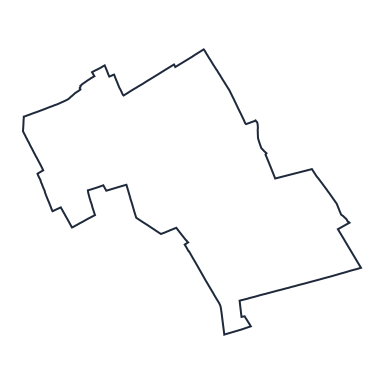 Sahateni, Buzau, Romania (Albers equal-area conic projection)
{"feature_id": "2599482B74966018591797", "entity_name": "Sahateni", "entity_type": "district", "adm_level": 2, "iso_a3": "ROU", "parent_name": "Romania", "parent_adm1": "Buzau", "projection": "albers", "projection_center": [26.561, 45.012], "detail": "fine", "context": "isolated", "style": "outline", "palette": "slate", "viewbox_px": 384, "rotation_deg": 0, "n_neighbors": 0, "source": "geoboundaries", "source_scale": "gbopen_adm2", "svg_char_len": 5575}
<svg xmlns="http://www.w3.org/2000/svg" viewBox="0 0 384 384"><path d="M361.0,267.8L357.3,261.7L355.4,258.5L350.4,250.1L346.8,244.1L343.2,238.0L337.9,229.2L342.9,226.4L349.5,222.7L349.1,222.3L348.5,221.9L347.9,221.6L347.6,221.3L346.6,219.4L345.4,218.2L344.4,217.3L344.2,217.1L343.1,216.0L341.1,214.6L340.1,212.1L339.6,211.0L338.8,208.9L336.7,203.7L331.2,195.9L328.6,192.2L328.2,191.8L327.8,191.2L327.3,190.5L326.8,189.7L326.5,189.3L326.0,188.7L322.4,183.8L318.1,178.1L317.3,177.2L316.5,176.2L311.9,169.1L310.0,169.6L294.3,173.6L275.2,178.5L273.8,175.0L270.5,166.7L266.8,157.6L265.5,154.6L266.5,153.3L263.9,150.9L263.5,150.4L261.3,148.1L259.3,142.4L258.1,138.5L257.9,136.3L257.9,134.8L257.8,134.2L257.8,132.9L257.8,131.7L257.7,131.3L257.7,129.7L257.8,128.6L257.9,128.3L257.8,126.2L257.7,125.0L257.4,123.1L257.1,122.2L256.4,121.6L255.5,120.4L255.3,120.5L255.2,120.6L254.8,120.9L254.5,121.1L253.8,121.3L251.9,122.0L251.5,122.1L251.1,122.3L246.1,124.1L245.4,123.5L245.3,123.4L244.8,122.3L243.4,119.1L242.5,117.3L241.7,115.6L241.0,114.1L238.9,109.9L236.8,105.5L236.7,105.3L233.8,99.2L233.1,97.8L232.1,95.8L230.0,91.5L229.5,90.5L228.7,89.2L225.5,84.1L223.8,81.4L222.4,79.2L220.2,75.5L218.1,72.3L216.9,70.1L216.6,69.9L215.4,68.0L213.3,64.8L212.3,63.1L211.3,61.5L210.7,60.5L209.7,58.9L208.8,57.6L207.7,55.7L207.0,54.6L206.9,54.5L205.0,51.2L204.7,50.7L204.5,50.4L203.7,49.4L197.6,53.2L193.3,55.9L193.3,56.0L193.2,56.1L175.3,67.0L174.8,65.9L174.0,64.5L173.7,64.7L166.3,69.2L159.4,73.5L154.4,76.6L152.1,78.0L146.5,81.4L144.2,82.9L142.3,84.1L138.3,86.4L136.3,87.7L135.9,87.9L133.0,89.6L132.3,90.0L129.3,91.9L128.6,92.4L127.0,93.4L125.2,94.5L123.6,95.5L122.9,94.8L121.8,92.6L121.6,92.1L121.5,91.8L121.4,91.5L119.9,88.6L119.4,87.8L119.0,86.9L117.2,82.3L116.4,80.5L115.0,77.0L114.1,74.6L113.1,74.9L111.5,75.7L109.3,76.6L108.2,74.1L106.8,70.5L106.2,69.0L104.7,65.4L104.2,65.7L102.8,66.4L102.4,66.6L102.0,67.0L100.8,67.6L99.8,68.2L97.8,69.2L97.0,69.6L96.0,70.1L95.1,70.5L94.0,71.1L92.8,71.7L92.3,72.0L92.0,72.2L92.3,72.7L92.7,73.3L94.4,76.2L94.2,76.3L93.9,76.5L93.3,76.8L92.9,77.1L92.3,77.4L91.6,77.9L91.1,78.1L90.4,78.6L89.6,79.2L88.6,79.8L88.2,80.0L86.8,81.0L85.5,81.9L85.0,82.3L84.7,82.5L84.3,82.7L83.9,83.0L83.5,83.3L82.6,83.9L81.7,84.6L81.4,84.9L81.2,85.2L80.9,85.5L80.6,85.7L80.7,85.8L80.6,86.6L80.3,87.0L79.8,87.7L79.7,88.0L79.9,88.7L80.5,89.3L80.4,89.6L80.1,89.8L79.7,90.0L78.7,90.8L78.4,91.0L78.1,91.2L77.5,91.5L77.1,91.8L76.5,92.3L76.3,92.4L76.0,92.5L75.6,92.7L75.5,92.8L74.9,93.3L74.3,93.8L73.7,94.4L72.6,95.4L72.5,95.5L72.0,95.9L71.9,96.0L71.5,96.3L71.3,96.4L70.8,96.9L70.2,97.4L69.8,97.8L69.3,98.3L68.4,99.0L66.9,99.9L66.3,100.2L62.2,102.1L61.0,102.6L59.1,103.5L57.0,104.4L54.6,105.2L52.4,106.1L49.9,107.0L47.8,107.8L45.1,108.9L40.8,110.5L38.2,111.5L34.2,112.9L31.7,113.8L29.7,114.6L28.1,115.1L24.0,116.7L23.8,116.7L23.8,117.5L23.7,118.8L23.6,119.9L23.5,122.1L23.4,124.9L23.3,126.0L23.2,128.2L23.0,130.7L23.0,131.3L23.4,132.0L24.6,134.5L25.1,135.3L26.1,137.5L26.9,138.9L27.3,139.8L28.6,142.1L29.0,142.9L30.4,145.8L31.7,148.2L32.3,149.3L32.9,150.5L34.2,153.1L34.5,153.6L36.0,156.5L36.8,157.8L37.5,159.2L38.6,161.3L40.8,165.4L41.9,167.6L42.4,168.6L43.0,169.9L43.2,170.3L37.5,173.7L38.1,175.3L39.0,177.3L39.8,178.8L40.1,179.5L40.4,179.7L40.5,180.5L40.7,181.0L40.8,181.6L41.1,182.3L41.5,183.3L41.9,184.1L42.2,184.9L42.8,186.6L43.9,189.1L44.3,190.1L44.8,191.2L44.8,191.5L45.1,192.8L45.6,194.1L45.9,194.9L46.4,196.2L47.9,199.9L48.3,200.8L49.0,202.4L49.5,203.7L49.9,204.8L50.5,206.2L51.3,208.4L51.7,209.3L52.5,211.2L53.3,210.9L54.3,210.4L55.2,210.0L56.6,209.3L60.8,207.4L61.6,208.9L62.4,210.2L63.2,211.7L64.1,213.3L64.8,214.5L65.3,215.5L66.0,216.7L66.9,218.3L67.4,219.1L71.8,227.2L72.0,227.5L73.8,226.6L75.4,225.7L76.9,224.9L79.4,223.5L80.2,223.0L81.1,222.6L82.2,222.0L83.0,221.6L84.0,221.0L85.2,220.3L88.1,218.7L93.1,216.1L95.0,215.1L94.8,214.6L94.3,213.0L93.8,211.5L92.7,208.1L92.4,207.2L92.0,205.5L91.5,203.9L90.9,202.0L90.5,201.3L90.3,200.1L89.7,198.4L88.8,195.0L88.3,193.1L88.0,191.3L87.9,190.8L87.9,190.3L90.5,189.6L93.3,188.7L95.3,188.1L98.6,187.0L103.3,185.3L106.3,190.7L123.1,185.7L126.4,184.8L127.2,187.4L128.4,191.5L130.1,197.3L130.5,199.0L131.5,202.0L132.1,204.0L133.0,207.1L133.4,208.5L134.3,211.6L135.9,216.7L136.3,217.8L142.3,221.8L146.9,224.7L148.3,225.6L151.1,227.5L153.9,229.3L155.9,230.7L160.7,233.8L161.0,234.0L162.7,233.3L164.6,232.6L167.2,231.5L169.2,230.7L170.7,230.0L171.4,229.8L173.5,228.9L176.3,227.8L177.4,229.2L177.7,229.7L181.7,234.8L184.8,238.7L185.3,239.4L186.2,240.3L186.8,241.0L187.5,241.7L187.9,242.2L188.1,242.4L184.7,244.6L186.2,247.0L188.6,251.3L189.0,251.3L190.5,253.9L190.5,254.0L193.5,259.2L195.6,262.7L195.7,262.9L195.8,263.1L195.9,263.3L199.2,269.0L199.7,270.0L199.8,270.1L201.5,273.1L204.8,278.9L204.9,279.2L206.4,281.7L206.8,282.3L208.6,285.4L210.3,288.3L210.9,289.3L213.3,293.3L214.1,294.8L217.7,300.8L218.9,302.7L219.9,304.7L220.2,305.4L220.6,306.7L221.0,309.0L221.5,312.4L224.3,334.6L224.5,334.5L236.1,331.1L241.5,329.5L250.8,326.3L250.5,325.8L250.1,325.1L244.6,316.3L241.5,316.9L239.6,300.7L241.0,300.3L247.1,298.8L248.5,298.4L250.3,297.8L250.9,297.7L254.5,296.8L258.4,295.7L259.0,295.5L260.8,295.0L262.0,294.7L263.9,294.2L265.4,293.9L267.1,293.4L275.4,291.2L276.0,291.0L282.0,289.5L286.0,288.4L287.0,288.2L287.8,288.0L289.2,287.6L292.0,286.8L294.1,286.3L299.5,284.8L303.4,283.8L303.6,283.8L304.7,283.5L310.1,282.0L318.8,279.7L324.5,278.1L330.2,276.6L336.2,274.9L340.6,273.6L346.4,272.0L346.8,271.8L347.7,271.6L348.6,271.3L349.2,271.1L349.5,271.0L355.3,269.4L355.6,269.4L361.0,267.8Z" fill="none" stroke="#1e293b" stroke-width="2"/></svg>